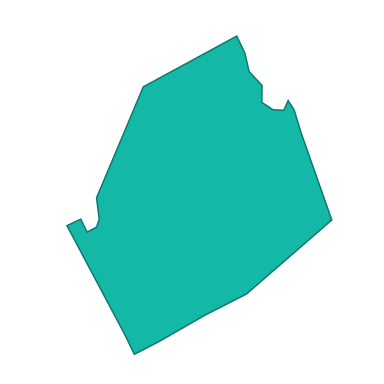 Highland, Ohio, United States of America (Equal Earth projection), rotated 331°
{"feature_id": "52423323B51867153498623", "entity_name": "Highland", "entity_type": "district", "adm_level": 2, "iso_a3": "USA", "parent_name": "United States of America", "parent_adm1": "Ohio", "projection": "equal_earth", "projection_center": [-83.601, 39.199], "detail": "fine", "context": "isolated", "style": "filled", "palette": "teal", "viewbox_px": 384, "rotation_deg": 331, "n_neighbors": 0, "source": "geoboundaries", "source_scale": "gbopen_adm2", "svg_char_len": 459}
<svg xmlns="http://www.w3.org/2000/svg" viewBox="0 0 384 384"><g transform="rotate(331 192 192)"><path d="M66.3,160.8L64.1,284.0L62.9,306.0L89.9,306.8L144.4,306.0L160.2,306.6L190.3,307.6L300.7,284.2L316.2,192.7L321.1,169.8L320.4,158.7L311.9,165.1L302.7,159.3L296.5,147.5L304.9,132.8L300.3,114.3L305.6,96.2L306.7,77.3L200.4,76.4L105.7,150.8L97.6,170.9L91.5,176.4L80.8,176.2L81.5,161.8L66.3,160.8Z" fill="#14b8a6" stroke="#0f766e" stroke-width="1.5"/></g></svg>